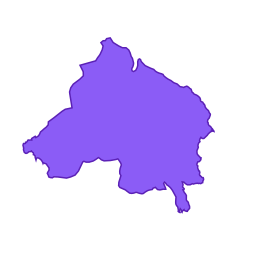 outline of Garnic, Caras-Severin, Romania, rotated 23°
{"feature_id": "2599482B142541919189", "entity_name": "Garnic", "entity_type": "district", "adm_level": 2, "iso_a3": "ROU", "parent_name": "Romania", "parent_adm1": "Caras-Severin", "projection": "equal_earth", "projection_center": [21.779, 44.757], "detail": "fine", "context": "isolated", "style": "filled", "palette": "violet", "viewbox_px": 256, "rotation_deg": 23, "n_neighbors": 0, "source": "geoboundaries", "source_scale": "gbopen_adm2", "svg_char_len": 5372}
<svg xmlns="http://www.w3.org/2000/svg" viewBox="0 0 256 256"><g transform="rotate(23 128 128)"><path d="M208.5,97.6L208.3,97.3L207.2,96.6L206.0,96.9L206.2,96.6L206.4,96.4L206.3,96.0L205.6,95.6L205.1,95.5L203.5,94.4L202.8,94.2L202.1,94.2L201.6,94.0L201.1,93.7L200.3,93.0L199.9,92.2L199.7,91.8L199.0,91.6L198.6,90.7L198.2,89.2L198.9,87.0L198.8,86.2L198.8,85.6L198.7,84.2L198.5,83.3L198.2,82.9L197.0,82.3L196.0,81.3L195.3,80.6L193.7,80.0L192.9,79.8L191.9,79.2L190.6,78.3L190.3,77.6L189.6,76.9L189.0,76.3L188.4,76.4L187.7,75.8L187.3,75.5L186.6,75.0L185.4,75.1L184.5,74.9L183.7,74.0L183.5,73.3L182.9,72.7L182.6,72.4L182.0,71.9L181.0,71.6L179.6,71.1L178.2,70.9L177.3,70.9L176.0,71.0L175.2,70.8L174.3,70.2L173.7,70.2L173.2,70.1L172.0,68.9L171.0,67.7L170.4,67.5L169.6,67.5L168.2,66.9L166.9,66.6L165.8,66.5L165.0,67.2L164.1,68.0L163.5,68.9L162.8,68.9L159.7,69.6L157.5,68.8L156.2,68.3L155.1,68.3L153.7,68.4L152.3,68.4L150.4,67.9L149.8,67.8L148.8,67.5L147.8,67.5L146.7,67.4L145.7,67.3L144.6,67.1L143.6,66.9L142.6,66.6L142.1,66.5L141.6,66.3L140.6,66.0L139.3,65.0L137.4,65.0L136.2,65.2L134.9,65.3L134.2,65.3L133.1,65.3L132.4,65.2L131.7,65.1L130.9,64.9L130.2,64.6L129.5,64.3L128.8,64.0L126.5,64.1L124.1,64.1L121.8,64.0L119.4,63.9L114.5,61.8L114.0,61.4L113.6,61.0L113.2,60.6L112.8,60.1L111.6,59.9L110.8,60.9L111.0,63.1L112.4,66.3L112.5,66.5L112.7,67.8L112.8,69.1L112.7,70.4L112.6,71.7L112.3,72.3L111.8,72.9L111.4,73.4L110.9,73.9L109.5,73.8L108.6,72.7L108.3,71.5L108.4,70.8L108.5,70.1L108.5,69.5L108.4,68.8L108.3,68.0L108.2,67.5L108.1,67.0L107.9,66.4L107.6,65.8L104.8,62.1L103.0,60.9L100.6,58.0L98.2,55.9L94.9,54.9L91.5,56.3L87.2,56.1L80.9,55.1L76.4,52.0L73.4,54.1L73.0,56.4L71.0,57.4L69.7,60.0L73.0,62.2L73.7,66.0L73.5,71.2L73.1,73.1L72.6,75.0L72.3,76.9L72.0,78.8L59.3,89.0L64.8,93.7L66.5,97.4L64.6,101.9L60.5,109.0L59.6,113.4L60.1,117.6L60.9,119.0L68.6,131.3L62.9,135.3L60.8,138.4L55.6,147.9L52.3,153.4L53.3,156.3L52.4,159.2L51.1,161.5L49.9,164.1L49.0,165.8L49.0,168.5L48.5,170.6L46.9,172.8L45.8,171.9L43.4,175.3L44.1,176.7L42.9,177.1L41.8,177.8L40.8,178.0L40.6,178.4L40.5,179.6L40.1,180.8L39.3,181.1L39.6,182.2L39.0,182.7L37.9,183.1L37.9,183.9L38.1,185.0L38.9,186.0L39.8,187.3L40.3,188.9L40.9,189.6L42.0,190.9L43.5,191.3L44.1,191.2L44.3,191.0L45.2,190.3L46.0,188.6L47.5,187.8L48.1,186.9L49.1,187.5L50.5,187.8L51.1,188.7L51.3,189.1L51.3,189.5L52.0,189.5L52.3,189.5L53.3,190.0L53.7,190.6L54.1,191.4L55.2,192.7L55.8,193.4L55.6,192.1L55.6,191.5L56.2,190.9L57.5,190.6L58.1,190.6L60.4,191.3L61.6,192.0L62.8,192.9L63.6,193.8L63.6,193.7L63.6,193.1L65.2,193.1L66.0,193.0L67.2,193.1L67.9,193.8L69.0,194.4L70.9,195.6L71.2,196.4L71.8,197.6L71.5,199.4L71.4,201.2L73.2,202.8L74.2,204.0L75.7,204.0L77.8,203.4L78.8,201.9L82.5,200.5L91.0,198.1L94.3,195.5L97.7,192.0L99.2,186.9L99.6,177.0L100.4,175.9L102.7,175.8L105.6,174.6L108.6,172.2L108.9,171.9L109.8,170.7L110.7,169.4L111.5,168.1L112.3,166.8L113.2,166.9L114.1,167.1L115.0,167.4L115.9,167.7L118.8,167.6L124.5,164.8L129.2,161.7L130.7,160.4L131.5,160.8L132.2,161.2L132.5,161.4L134.4,162.7L135.1,163.2L136.3,164.6L136.4,166.2L136.6,168.3L137.2,170.9L138.3,173.2L140.1,174.6L140.8,181.5L141.9,184.7L143.7,185.9L149.9,186.0L151.1,186.4L152.3,186.7L153.6,187.0L154.8,187.3L156.8,186.8L157.5,186.4L158.2,186.0L158.9,185.5L159.6,184.9L160.2,184.3L161.4,183.8L162.4,183.8L163.4,183.7L164.3,183.6L165.2,183.4L166.2,183.2L166.6,183.1L167.8,182.2L168.3,181.2L168.9,180.2L169.6,179.2L170.3,178.3L170.8,177.7L172.0,176.7L173.2,175.9L174.4,175.1L174.6,173.6L176.5,171.9L177.2,172.3L177.9,172.6L178.6,172.9L179.4,173.1L181.6,172.5L184.3,170.6L186.7,169.6L186.0,168.6L182.5,165.2L182.7,163.6L183.5,163.8L184.3,164.1L185.0,164.5L185.6,165.1L186.9,165.3L188.1,165.6L189.4,166.0L190.6,166.5L193.3,168.1L199.2,172.8L199.7,174.4L200.3,176.1L200.9,177.7L201.7,179.2L202.3,179.8L202.9,180.3L203.7,180.8L204.6,181.2L206.3,183.7L206.6,184.4L206.8,185.2L208.3,185.6L208.9,185.4L208.7,185.2L208.0,184.6L207.7,183.5L207.6,181.9L208.9,182.6L209.6,183.2L210.2,184.3L210.7,184.5L210.6,183.6L210.8,182.4L211.5,181.3L211.9,181.9L212.8,181.9L214.3,181.9L214.7,181.7L215.2,181.5L215.0,181.0L215.6,179.6L216.1,177.8L215.2,175.9L213.7,174.5L212.5,172.8L210.4,171.9L209.7,171.2L208.1,167.3L206.5,166.1L205.1,165.4L202.7,163.4L203.6,162.8L203.4,161.9L201.3,161.0L200.8,158.6L199.0,156.4L200.7,156.0L202.6,156.8L204.8,157.1L207.4,156.0L209.0,154.1L209.7,154.1L210.4,153.9L210.6,153.6L210.8,153.4L211.6,152.8L213.5,151.7L214.6,151.6L214.9,151.2L215.6,151.0L216.4,150.9L216.9,150.6L217.4,149.7L218.1,149.2L217.6,147.2L217.8,146.1L217.6,145.7L217.1,144.8L216.6,144.3L215.8,144.6L215.0,144.5L214.4,144.1L213.9,144.1L213.2,143.6L212.7,143.7L212.0,143.0L211.6,141.6L211.5,140.9L210.6,139.7L210.2,139.9L209.7,139.7L209.1,138.9L208.0,137.9L207.3,136.7L207.2,135.7L206.8,135.7L205.8,134.9L205.5,134.4L205.4,133.6L205.5,132.9L205.4,132.0L205.9,131.5L206.5,131.3L206.9,130.8L207.3,129.3L207.5,128.7L206.9,128.0L207.1,127.4L206.9,126.9L206.6,127.0L206.4,127.0L204.7,126.3L203.1,125.6L201.8,124.8L200.8,123.1L200.3,121.8L200.3,120.6L200.3,119.2L200.2,118.1L199.4,117.3L199.0,115.8L198.9,114.1L199.6,112.5L199.2,112.2L198.6,111.2L198.6,110.4L198.5,109.6L198.8,108.1L200.1,108.6L200.8,108.5L201.4,108.3L202.0,107.9L203.8,103.8L204.2,102.0L204.5,101.3L204.8,100.6L205.2,99.8L205.7,99.1L206.2,98.5L206.6,98.1L207.0,97.9L207.4,97.6L208.5,97.6Z" fill="#8b5cf6" stroke="#5b21b6" stroke-width="1.5"/></g></svg>